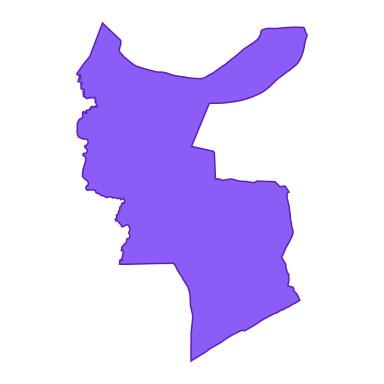 Bilene, Gaza, Mozambique (Mercator projection)
{"feature_id": "85939544B43586850524471", "entity_name": "Bilene", "entity_type": "district", "adm_level": 2, "iso_a3": "MOZ", "parent_name": "Mozambique", "parent_adm1": "Gaza", "projection": "mercator", "projection_center": [33.116, -25.072], "detail": "fine", "context": "isolated", "style": "filled", "palette": "violet", "viewbox_px": 384, "rotation_deg": 0, "n_neighbors": 0, "source": "geoboundaries", "source_scale": "gbopen_adm2", "svg_char_len": 5778}
<svg xmlns="http://www.w3.org/2000/svg" viewBox="0 0 384 384"><path d="M307.1,34.5L305.7,32.8L304.7,28.9L303.9,27.7L303.2,27.4L294.0,27.2L284.2,27.7L282.4,28.0L281.9,27.9L276.5,28.5L267.5,28.4L266.1,28.6L262.3,29.9L261.5,30.5L261.2,31.2L260.4,34.6L259.6,36.4L257.5,39.5L252.3,43.5L246.2,47.4L243.2,49.6L234.6,57.1L231.8,59.0L225.6,64.2L221.4,66.9L214.2,72.2L212.5,73.3L208.3,75.4L207.0,76.4L204.1,78.0L201.2,78.6L197.1,78.6L189.0,77.9L185.1,77.3L184.4,77.1L183.9,76.8L183.4,76.9L176.2,75.9L174.0,75.5L166.1,72.9L162.8,72.2L156.7,72.0L144.3,68.7L136.7,66.3L134.3,65.0L130.6,62.4L127.4,59.6L126.5,59.1L125.8,58.2L124.6,57.5L119.6,51.9L119.4,49.0L120.8,43.6L120.7,40.4L102.5,23.0L89.8,56.5L83.8,63.7L76.9,73.7L77.0,74.4L77.3,74.9L79.7,75.0L80.0,74.8L80.2,75.3L80.4,75.6L80.3,76.2L80.7,76.5L80.6,76.8L80.2,76.6L79.9,76.8L79.3,76.4L79.2,76.6L79.6,77.1L79.6,77.5L80.3,78.3L79.8,78.3L79.5,78.6L79.0,78.5L78.8,79.0L78.5,79.2L78.7,79.6L78.4,80.8L78.0,81.4L78.2,81.7L79.1,81.9L79.5,81.8L80.3,81.9L81.8,82.6L81.9,82.8L81.9,83.0L80.9,83.6L80.8,84.0L81.0,84.4L81.7,84.6L81.9,84.8L81.0,85.8L81.1,86.7L81.0,88.2L81.1,88.6L81.5,88.8L81.9,89.3L82.5,89.6L84.0,89.3L84.2,89.7L84.3,90.2L84.0,91.1L83.7,91.5L83.1,91.7L83.0,91.9L83.3,92.6L84.0,92.6L84.1,93.0L83.9,93.4L83.1,94.0L83.3,94.4L84.0,94.6L84.1,94.9L84.1,95.2L83.6,95.6L83.4,96.0L83.6,96.3L84.1,96.5L84.5,97.1L85.5,97.1L85.9,98.0L86.7,98.5L88.4,98.4L89.7,97.4L90.7,98.0L91.1,97.9L91.4,97.5L91.9,97.5L93.4,98.0L93.7,97.9L94.2,97.3L94.7,97.4L95.6,98.6L95.6,99.0L95.2,99.6L95.6,99.8L95.3,100.3L95.8,100.8L95.1,102.1L95.6,102.8L96.3,103.4L96.4,104.4L96.7,104.8L96.6,105.8L97.1,106.3L96.7,107.0L96.3,107.1L95.9,107.1L95.6,106.9L95.4,106.3L95.2,106.2L94.7,106.7L93.8,107.1L93.0,106.9L92.7,106.4L92.2,106.4L91.5,106.8L91.1,106.8L91.1,107.1L91.5,107.6L90.9,108.2L89.9,108.4L89.7,108.9L90.0,109.4L89.9,109.9L89.3,109.9L88.8,110.1L87.9,110.0L87.2,110.4L86.2,110.5L85.9,110.8L85.6,112.1L86.7,112.4L86.8,112.7L86.7,113.1L86.2,113.4L85.2,113.1L83.9,111.8L83.3,111.6L82.7,112.2L82.5,112.8L82.5,113.6L82.8,115.6L82.3,117.4L81.6,118.2L80.0,118.9L79.0,119.9L77.5,123.0L77.2,124.7L77.3,129.9L77.1,132.1L77.4,134.2L78.2,136.6L78.8,137.1L82.7,138.9L86.7,139.2L87.4,139.9L88.3,141.9L88.3,142.2L86.6,145.3L85.2,145.5L85.1,145.9L84.7,146.6L84.7,147.1L86.0,148.2L86.8,149.2L87.3,150.3L87.1,151.5L86.0,153.3L83.9,153.4L83.2,153.8L82.9,154.9L83.1,155.5L83.6,155.5L85.4,157.1L85.8,159.0L85.8,160.3L83.1,169.3L82.5,174.0L82.5,176.4L84.3,178.6L87.2,180.8L88.2,182.2L88.4,183.3L88.2,184.7L86.6,186.1L86.0,187.2L85.9,188.5L86.1,189.1L86.6,189.7L87.6,190.3L89.5,189.9L92.0,189.9L93.1,189.9L94.0,190.2L95.7,190.9L95.8,191.3L95.7,191.8L95.9,192.5L96.4,193.0L97.2,193.3L98.8,193.5L100.2,194.9L102.0,195.7L104.3,196.1L105.0,196.7L106.6,197.6L108.3,196.9L109.7,197.1L110.5,196.9L111.2,196.9L112.8,197.9L115.1,197.6L118.0,198.7L119.2,198.2L119.9,198.3L120.9,199.7L121.3,199.7L122.2,198.8L123.3,198.4L123.6,198.5L123.7,199.3L124.5,200.0L124.7,201.6L124.4,202.3L123.9,202.6L123.6,203.4L123.2,203.6L122.8,202.9L122.3,203.1L122.0,203.9L121.6,204.2L121.6,204.8L121.3,205.0L121.0,206.5L120.0,207.0L119.8,207.5L119.8,209.2L118.4,212.1L118.3,212.7L118.7,214.1L117.9,214.6L116.5,215.0L116.5,216.7L117.1,218.2L116.9,218.5L116.1,218.5L115.6,218.8L115.4,219.1L115.3,219.9L115.6,220.5L116.2,220.9L117.5,220.9L118.8,221.8L119.1,222.2L119.2,223.2L119.6,223.5L120.1,223.7L121.4,225.5L121.5,226.4L121.8,226.8L122.8,226.8L123.8,226.4L124.7,225.8L125.2,225.3L125.9,225.0L127.5,224.8L127.8,224.9L128.4,225.5L129.3,226.9L130.0,229.5L130.0,230.2L128.9,232.0L128.6,232.8L129.6,234.5L129.8,235.3L129.9,236.2L129.7,237.2L129.3,237.9L128.7,238.3L127.1,238.8L126.8,239.3L126.5,241.4L126.1,242.5L125.4,243.7L123.9,244.4L123.2,245.7L122.1,246.8L121.7,247.4L121.7,248.2L122.1,249.2L121.9,249.5L121.3,249.7L121.4,250.7L121.6,250.9L122.9,251.1L123.5,251.9L123.5,252.5L122.7,254.2L122.5,257.0L121.8,258.1L121.7,258.7L122.0,259.7L121.8,260.0L120.4,259.8L119.8,260.4L119.5,264.2L124.7,264.3L156.4,263.5L173.5,263.3L174.4,264.3L175.3,265.7L178.5,271.9L182.3,277.5L183.2,279.5L187.9,287.0L189.5,292.0L189.9,294.0L190.3,299.3L190.3,303.3L190.6,305.9L192.7,315.3L192.6,319.3L191.2,332.3L191.1,335.5L191.2,339.4L191.0,342.9L191.3,343.7L191.0,345.6L191.0,361.0L206.6,351.3L209.5,349.0L211.3,347.9L220.7,342.6L226.0,338.7L232.9,334.7L240.8,330.7L241.9,330.3L243.0,330.4L243.8,330.8L244.5,330.7L246.1,330.0L254.8,325.0L260.0,321.4L265.0,318.4L265.7,318.0L267.0,317.7L267.8,317.0L270.5,315.5L274.1,313.7L277.5,312.5L280.4,310.6L283.7,309.3L286.5,307.7L289.2,306.5L291.2,305.1L293.5,303.9L295.8,302.9L296.6,302.0L298.6,301.1L299.9,300.3L298.6,298.0L298.1,296.2L297.0,294.4L296.4,293.5L293.5,290.5L293.9,289.8L293.9,289.1L293.3,287.7L292.4,287.1L289.5,286.2L288.0,286.2L288.0,284.6L288.6,282.4L288.9,279.8L288.8,275.0L288.7,274.5L287.2,272.1L286.4,269.5L286.1,268.3L285.8,265.0L285.5,263.6L282.3,258.7L281.8,257.0L282.1,256.1L283.1,254.4L285.9,247.8L289.2,242.0L291.8,236.7L293.0,233.6L293.0,231.2L292.4,228.6L292.0,227.8L291.8,226.8L291.1,221.9L290.4,219.2L290.4,215.9L289.7,211.3L289.2,207.1L288.5,203.4L287.3,199.1L287.1,197.4L287.0,194.0L287.3,193.1L289.0,192.1L285.1,186.0L280.1,186.7L275.0,181.7L256.6,181.1L255.4,182.2L254.6,182.5L252.4,182.4L249.0,182.0L245.8,181.4L239.7,181.2L231.4,179.0L229.5,179.1L223.4,180.3L222.0,180.2L219.0,179.0L215.4,178.8L214.4,152.9L213.4,151.3L191.5,146.4L209.2,103.6L210.5,103.3L216.4,103.3L224.6,102.9L234.7,101.6L240.5,100.5L241.3,100.2L242.1,100.2L249.9,97.8L256.2,95.2L260.2,93.3L264.3,90.9L269.2,87.1L276.4,80.0L279.0,77.7L283.7,74.5L285.2,73.2L290.3,69.6L290.6,69.2L291.0,69.1L291.8,68.1L293.2,67.3L294.8,66.0L295.0,65.5L296.3,64.7L298.3,62.4L300.8,58.0L303.2,51.5L304.3,46.5L304.4,45.0L305.6,39.9L306.8,36.3L307.1,34.5Z" fill="#8b5cf6" stroke="#5b21b6" stroke-width="1.5"/></svg>